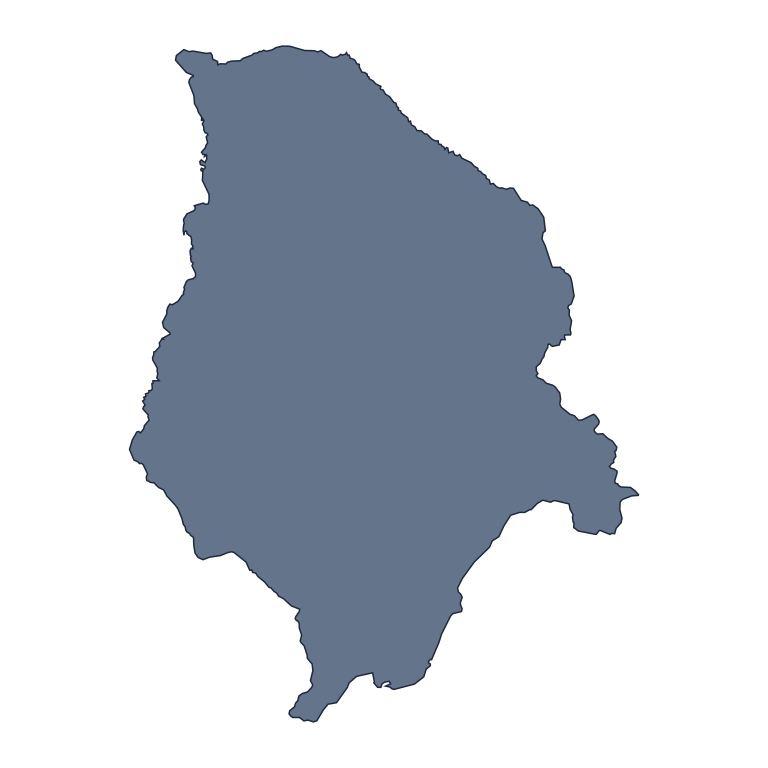 Valea Sarii, Vrancea, Romania
{"feature_id": "2599482B85092862889515", "entity_name": "Valea Sarii", "entity_type": "district", "adm_level": 2, "iso_a3": "ROU", "parent_name": "Romania", "parent_adm1": "Vrancea", "projection": "mercator", "projection_center": [26.811, 45.87], "detail": "fine", "context": "isolated", "style": "filled", "palette": "slate", "viewbox_px": 768, "rotation_deg": 0, "n_neighbors": 0, "source": "geoboundaries", "source_scale": "gbopen_adm2", "svg_char_len": 6064}
<svg xmlns="http://www.w3.org/2000/svg" viewBox="0 0 768 768"><path d="M313.4,721.9L316.8,720.8L323.4,709.8L328.0,704.2L336.5,702.7L347.3,687.6L349.1,682.9L356.5,676.4L372.6,672.8L374.4,682.0L373.8,682.8L377.6,687.3L380.8,687.4L382.2,683.6L384.9,682.1L389.1,681.3L390.7,683.8L385.6,686.1L389.8,687.0L392.2,689.0L394.0,689.4L414.4,684.1L423.8,676.8L426.2,669.2L430.2,665.8L430.4,664.1L428.6,662.8L428.7,661.0L430.8,659.2L431.6,659.6L438.9,642.5L441.6,634.0L450.8,615.6L452.9,613.6L461.5,611.5L462.1,608.8L460.4,604.5L460.5,602.2L462.2,597.3L460.8,594.3L458.4,591.9L457.6,587.9L462.5,578.2L474.3,562.0L489.5,547.2L492.3,540.9L498.9,536.6L503.9,525.9L510.7,515.2L519.6,512.4L524.8,512.4L529.8,509.6L531.1,509.7L537.1,503.6L542.7,500.2L550.8,502.2L553.4,500.7L555.5,500.7L569.0,503.9L570.1,509.3L573.2,515.0L572.4,516.8L573.1,521.9L574.0,523.1L573.7,527.5L578.3,531.0L595.3,534.3L596.4,534.2L599.3,530.5L600.4,530.5L609.9,534.4L611.7,533.4L614.6,533.7L616.1,528.4L621.1,522.6L622.0,518.2L619.8,509.7L620.1,502.2L622.5,499.4L631.6,495.9L638.3,495.4L638.5,494.6L635.3,491.1L630.4,487.4L621.0,487.0L618.6,485.5L617.8,484.0L615.3,483.2L614.7,481.0L617.1,472.8L617.0,471.1L613.9,468.9L610.8,468.2L609.4,466.6L611.1,464.1L613.8,462.4L613.5,460.1L615.9,456.3L614.7,451.5L616.1,450.4L616.8,447.2L612.4,441.1L607.7,438.3L602.8,433.7L597.5,434.1L595.3,432.5L594.4,431.1L594.2,429.2L598.5,424.2L599.2,421.9L598.7,420.1L595.6,415.7L593.5,414.3L581.9,420.0L578.5,420.2L574.3,415.7L569.8,414.2L561.1,407.1L559.8,404.0L560.6,398.9L559.7,392.9L555.0,386.8L552.7,385.2L546.2,383.2L543.0,379.9L537.7,377.7L536.2,375.8L537.9,373.6L536.3,370.8L536.3,366.7L540.3,363.3L542.0,359.0L543.8,356.9L544.8,352.7L547.8,347.3L547.9,344.5L549.3,344.0L552.3,346.4L559.2,345.0L561.1,339.6L565.2,339.7L564.4,336.5L564.7,335.0L570.5,334.9L570.9,332.9L570.1,329.4L571.6,320.8L569.1,315.1L569.4,310.2L567.8,307.8L568.6,305.6L571.3,303.8L574.1,296.1L571.7,281.3L570.2,276.5L568.2,274.2L565.7,273.2L564.2,271.6L564.1,270.1L561.3,268.7L560.5,267.3L552.3,267.3L545.1,245.5L542.0,239.0L543.0,232.8L545.4,230.8L543.7,217.1L538.0,208.7L532.9,205.0L529.8,205.3L527.4,202.2L521.2,200.4L513.5,188.3L510.0,188.0L506.3,189.3L501.8,187.8L499.5,188.1L496.5,186.8L493.3,183.4L490.4,184.1L489.3,180.0L486.5,178.5L485.7,175.5L482.7,173.9L480.5,171.5L477.9,170.5L478.0,169.0L477.3,167.9L474.2,166.2L471.2,162.7L461.9,158.2L459.7,154.6L457.5,155.7L454.7,155.0L453.0,151.3L448.7,152.8L447.8,148.1L446.5,147.5L444.9,149.5L444.0,147.2L441.6,145.7L441.1,144.5L438.6,144.1L438.1,140.8L435.3,141.0L431.5,138.8L427.0,134.1L424.6,133.9L421.4,130.9L416.9,130.5L414.8,126.7L411.4,124.9L410.4,121.1L408.7,121.7L407.7,117.8L401.3,113.1L400.5,110.8L398.1,109.8L398.5,107.9L396.8,106.4L396.0,103.2L393.8,102.4L389.7,96.8L385.4,94.1L383.1,90.0L380.6,89.3L380.2,88.3L380.9,86.4L375.6,83.8L373.3,81.1L369.2,78.7L368.9,77.0L367.3,76.2L367.2,74.1L364.6,72.5L362.0,72.2L359.4,67.3L359.3,64.4L356.8,63.8L355.0,60.4L353.4,59.2L350.2,58.2L349.1,55.1L348.0,55.4L346.5,52.6L345.3,54.3L342.4,55.1L340.8,54.3L337.7,56.8L333.8,57.6L330.0,56.8L321.0,50.7L317.5,51.9L314.4,50.7L304.6,50.5L289.5,46.2L282.2,46.1L276.0,47.6L272.0,49.9L266.2,51.3L263.8,50.2L261.5,51.5L259.2,51.5L257.7,52.9L253.8,53.4L251.8,55.2L242.9,58.4L240.2,60.8L231.7,61.1L227.5,62.2L226.0,64.0L220.3,63.8L217.7,64.7L217.6,61.5L212.7,59.2L212.2,55.5L210.7,52.9L206.2,53.4L193.1,51.1L188.7,51.6L183.9,49.6L176.4,55.5L175.5,60.2L186.3,72.4L193.2,75.4L193.3,76.4L191.1,77.3L189.4,79.8L188.8,82.5L193.9,95.5L194.5,103.6L197.5,109.0L198.4,112.2L201.6,117.0L201.5,120.4L202.9,120.2L202.9,119.1L204.0,120.6L202.3,124.0L203.6,126.4L204.0,130.5L205.1,132.7L207.2,133.5L207.9,134.8L206.2,136.8L207.6,142.9L205.8,145.6L205.7,147.3L201.5,152.2L202.9,154.4L204.7,154.6L204.4,156.6L206.5,154.9L206.8,158.9L205.0,162.6L201.3,159.9L199.8,161.7L200.4,164.6L204.9,166.0L205.3,167.6L203.7,169.3L201.5,168.2L200.8,169.7L201.3,170.9L202.9,170.8L202.4,180.4L209.0,194.3L209.1,200.2L208.3,203.6L207.7,204.1L205.2,204.2L203.2,203.1L194.3,205.7L195.5,208.0L194.2,210.6L187.0,213.8L183.8,218.8L183.5,220.4L184.2,223.3L183.5,225.9L183.2,230.7L184.0,235.3L184.3,232.3L185.6,230.9L186.8,231.8L186.9,233.7L191.0,236.8L191.6,240.0L191.5,244.0L192.8,246.0L192.9,248.9L191.4,248.2L190.0,251.0L190.5,255.6L191.2,256.3L190.6,257.4L190.8,259.2L191.2,261.6L193.2,263.0L192.0,265.8L195.5,273.0L195.5,276.6L193.1,278.6L188.3,279.8L186.4,281.5L183.9,287.5L184.6,289.4L183.3,292.9L183.7,294.2L182.0,295.5L178.1,301.2L172.2,304.8L169.9,304.0L167.9,307.1L166.9,310.2L166.8,313.9L162.5,322.4L163.7,327.6L169.8,332.8L170.2,334.1L162.3,338.4L163.2,339.2L161.9,339.1L159.3,343.0L159.8,346.4L155.3,351.5L153.9,351.9L153.7,355.0L152.6,357.4L152.7,359.8L157.3,368.1L157.1,371.4L157.8,373.8L156.8,378.0L159.2,380.7L152.9,380.8L153.1,383.1L151.9,383.6L152.3,389.0L151.0,390.5L148.9,390.6L148.9,392.0L148.1,393.1L145.5,393.9L146.0,396.4L143.7,397.3L144.7,399.4L142.6,401.0L145.1,405.2L143.6,406.7L142.9,408.9L148.2,414.9L148.0,417.0L149.1,420.0L144.4,425.6L143.7,428.8L140.5,432.9L138.9,431.5L136.8,432.0L132.4,439.8L129.5,449.4L133.9,459.9L138.6,462.3L139.2,463.5L141.8,463.5L143.1,464.5L147.5,473.7L146.3,477.1L146.7,480.3L150.8,482.5L153.8,482.7L158.7,487.5L163.6,489.9L167.0,496.2L175.2,505.0L178.0,509.0L182.0,518.7L183.3,524.3L185.1,526.7L185.9,530.4L187.2,532.3L189.4,533.3L190.5,535.2L193.5,537.5L193.8,545.5L195.1,553.1L198.0,557.4L203.0,559.7L209.5,557.2L220.3,555.6L228.0,552.5L231.3,551.8L233.8,552.3L246.0,562.0L249.8,570.3L251.8,570.0L252.7,572.5L255.6,573.0L257.9,576.5L264.6,582.0L268.9,587.2L271.2,588.1L273.7,591.1L276.8,593.2L278.6,596.2L283.3,598.5L291.5,606.0L299.7,609.2L299.3,611.5L295.8,616.6L295.2,618.7L296.5,620.6L297.7,620.8L299.2,623.4L299.3,628.1L301.6,635.0L300.2,641.0L301.4,643.1L304.1,645.7L307.1,655.0L307.4,658.4L312.1,664.0L312.9,670.7L310.4,680.5L312.7,684.9L311.8,687.3L307.6,691.9L302.3,693.5L298.8,696.1L297.8,700.7L295.6,703.1L294.5,706.8L289.7,710.7L289.0,713.8L290.7,716.1L292.9,717.5L299.5,717.5L303.9,720.9L308.0,720.1L313.4,721.9Z" fill="#64748b" stroke="#1e293b" stroke-width="1.5"/></svg>